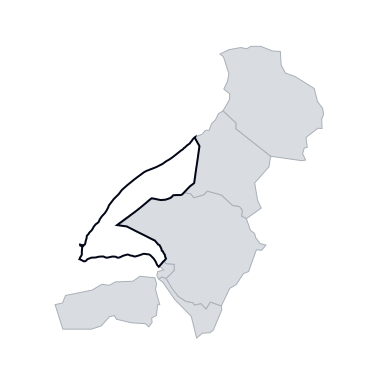 Somalia highlighted among its neighbors, rotated 188°
{"feature_id": "SOM", "entity_name": "Somalia", "entity_type": "country or territory", "adm_level": 0, "iso_a3": "SOM", "parent_name": "Africa", "parent_adm1": "", "projection": "albers", "projection_center": [45.827, 5.144], "detail": "fine", "context": "with_neighbors", "style": "outline", "palette": "ink", "viewbox_px": 384, "rotation_deg": 188, "n_neighbors": 6, "source": "natural_earth", "source_scale": "50m", "svg_char_len": 4830}
<svg xmlns="http://www.w3.org/2000/svg" viewBox="0 0 384 384"><g transform="rotate(188 192 192)"><path d="M119.2,238.3L157.4,260.6L158.1,266.4L172.6,276.6L167.7,288.8L168.3,294.5L174.8,298.2L172.2,306.7L172.0,314.4L179.7,330.3L183.5,332.5L175.2,338.1L163.9,341.8L157.7,341.5L154.0,344.4L144.2,345.8L131.8,342.8L124.1,343.5L121.4,330.2L116.0,322.8L106.0,320.7L85.4,311.5L80.2,298.9L74.4,293.2L72.5,287.4L73.7,282.2L72.1,273.0L76.3,272.6L86.7,261.9L84.1,252.3L87.0,251.1L87.8,245.2L83.9,239.5L87.5,238.3L119.2,238.3Z" fill="#d9dde1" stroke="#a8b0b8" stroke-width="1"/><path d="M172.6,276.6L158.1,266.4L157.4,260.6L119.2,238.3L119.3,227.6L131.2,209.7L125.9,192.9L121.2,185.7L134.5,173.2L139.6,175.0L139.5,180.7L142.9,184.1L149.9,184.2L162.5,193.0L177.0,194.9L180.0,190.7L189.3,186.5L193.3,190.0L200.2,190.1L191.3,201.5L191.1,238.4L197.1,246.7L189.9,250.7L187.4,254.9L183.6,255.6L182.1,262.6L178.8,266.7L176.7,273.3L172.6,276.6Z" fill="#d9dde1" stroke="#a8b0b8" stroke-width="1"/><path d="M147.1,83.3L146.1,79.3L151.7,58.1L154.8,55.1L162.1,53.6L167.1,48.0L175.4,68.7L194.1,83.2L208.0,98.2L212.9,101.2L209.9,103.7L205.6,102.8L191.3,86.9L182.7,82.8L175.9,82.6L173.6,80.5L167.8,82.8L161.8,78.2L158.6,85.6L147.1,83.3Z" fill="#d9dde1" stroke="#a8b0b8" stroke-width="1"/><path d="M300.8,38.2L311.9,61.4L304.8,64.1L302.8,72.0L277.2,81.0L268.4,88.1L261.0,88.1L255.3,92.3L238.1,95.4L231.8,101.3L216.9,101.9L214.3,96.0L214.6,90.5L208.3,76.0L210.3,75.5L210.1,64.7L214.4,61.6L213.4,57.4L216.0,52.5L220.1,55.1L234.1,54.0L249.2,55.5L251.7,58.8L256.3,57.1L263.3,46.7L272.5,42.2L300.8,38.2Z" fill="#d9dde1" stroke="#a8b0b8" stroke-width="1"/><path d="M259.7,148.7L231.5,179.2L218.4,179.6L209.4,186.7L202.9,186.9L200.2,190.1L193.3,190.0L189.3,186.5L180.0,190.7L177.0,194.9L162.5,193.0L149.9,184.2L142.9,184.1L139.5,180.7L139.6,175.0L134.5,173.2L128.7,162.1L124.2,159.6L122.5,155.5L117.5,150.5L111.4,149.7L114.9,144.0L120.2,143.8L124.9,121.1L129.7,118.4L135.2,106.6L141.2,101.8L147.1,83.3L158.6,85.6L161.8,78.2L167.8,82.8L173.6,80.5L175.9,82.6L182.7,82.8L191.3,86.9L198.2,93.6L205.6,102.8L198.7,111.9L199.6,117.8L207.6,117.3L209.8,119.1L207.6,122.7L218.7,136.8L251.3,148.8L259.7,148.7Z" fill="#d9dde1" stroke="#a8b0b8" stroke-width="1"/><path d="M205.6,102.8L209.9,103.7L212.9,101.2L215.2,104.4L214.9,108.5L209.2,110.9L213.5,113.7L209.8,119.1L207.6,117.3L199.6,117.8L198.7,111.9L205.6,102.8Z" fill="#d9dde1" stroke="#a8b0b8" stroke-width="1"/><path d="M196.6,246.0L196.4,245.6L195.5,244.4L193.7,242.0L192.4,240.3L191.0,238.5L191.0,237.0L191.0,232.8L191.0,224.3L191.1,215.7L191.1,207.2L191.1,202.9L191.1,201.2L191.3,200.9L192.8,199.4L194.9,197.3L197.7,193.4L199.2,191.2L200.5,189.5L200.8,188.9L201.9,187.8L203.9,187.2L205.2,187.1L209.6,186.3L210.3,186.0L210.6,185.6L211.0,184.8L211.9,183.6L213.0,182.8L215.1,181.7L217.1,180.8L217.6,180.6L220.1,180.1L220.7,179.9L221.7,179.7L222.1,179.7L225.5,179.9L228.2,180.1L230.9,180.2L231.2,180.1L233.2,178.0L236.2,174.6L238.2,172.4L241.2,169.1L243.5,166.7L246.1,164.0L248.6,161.6L251.6,158.6L253.5,156.8L256.4,153.9L259.2,151.2L261.6,148.8L258.2,148.8L254.9,148.8L251.6,148.8L251.0,148.5L248.3,147.6L244.8,146.4L240.5,144.9L237.4,143.9L234.1,142.8L230.8,141.7L228.2,140.8L224.9,139.7L222.1,138.8L221.7,138.5L220.2,137.1L218.1,135.2L217.7,135.2L216.7,134.8L215.9,133.7L215.0,132.4L214.1,130.8L213.8,129.7L212.6,129.2L212.1,128.3L211.1,127.0L210.4,126.4L210.1,125.9L209.8,124.7L209.2,123.5L208.7,122.7L208.6,122.4L208.6,122.2L209.6,120.5L210.1,119.9L210.6,119.3L211.1,118.8L211.2,118.4L212.5,116.4L213.6,114.7L214.5,113.3L216.4,114.9L218.3,118.0L220.5,120.6L223.5,122.9L224.7,123.7L225.8,124.2L231.3,124.1L235.3,122.0L238.8,120.4L240.0,120.1L242.1,120.5L244.4,120.6L246.4,121.1L247.5,121.0L251.5,119.2L254.1,117.4L255.8,116.7L256.5,116.6L258.9,117.3L261.9,117.0L266.1,115.4L267.4,115.1L268.4,115.1L270.7,115.8L271.1,115.7L272.3,115.6L275.5,114.9L278.1,113.8L282.7,112.9L286.2,110.9L286.8,110.0L287.9,108.7L289.5,108.3L293.4,109.7L294.1,109.8L293.8,110.7L293.7,111.6L292.9,113.1L292.4,114.8L292.8,117.4L293.0,121.7L292.9,122.3L292.7,122.9L292.6,123.4L292.1,123.5L292.0,123.8L292.3,123.9L293.5,123.5L293.5,123.0L293.6,122.7L294.6,123.3L295.3,123.5L295.5,124.0L295.5,124.4L294.3,124.2L293.7,123.9L292.0,124.4L291.0,124.9L290.6,125.8L290.4,129.1L290.0,131.3L290.0,134.1L288.6,136.0L288.1,137.4L286.1,140.0L285.0,142.3L284.7,143.5L282.9,146.6L280.4,149.0L279.5,152.1L278.6,154.0L277.6,155.8L275.4,158.9L274.3,161.1L272.9,164.8L272.4,167.2L268.5,174.1L264.3,179.6L261.7,184.3L257.1,189.7L250.7,196.6L242.4,204.8L240.1,206.5L231.0,211.6L225.0,215.8L222.0,218.7L218.8,221.2L216.3,223.5L208.6,231.6L207.8,232.3L207.0,233.0L206.1,234.4L205.4,234.9L203.6,237.2L202.4,238.4L201.1,239.6L200.6,240.4L200.2,241.4L199.7,241.9L198.6,244.2L197.6,245.7L196.5,246.8L196.6,246.0Z" fill="none" stroke="#020617" stroke-width="2"/></g></svg>